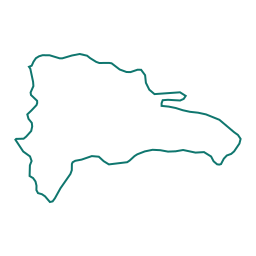 an SVG outline of Dominican Republic
{"feature_id": "DOM", "entity_name": "Dominican Republic", "entity_type": "country or territory", "adm_level": 0, "iso_a3": "DOM", "parent_name": "North America", "parent_adm1": "", "projection": "mercator", "projection_center": [-70.506, 18.775], "detail": "fine", "context": "isolated", "style": "outline", "palette": "teal", "viewbox_px": 256, "rotation_deg": 0, "n_neighbors": 0, "source": "natural_earth", "source_scale": "50m", "svg_char_len": 1377}
<svg xmlns="http://www.w3.org/2000/svg" viewBox="0 0 256 256"><path d="M29.6,176.0L29.9,165.3L31.6,161.0L30.0,156.4L23.2,151.5L19.1,145.3L15.4,139.7L16.2,138.9L23.6,138.7L26.2,136.6L31.2,131.0L32.2,126.4L31.8,122.9L28.5,118.8L27.3,114.4L31.3,110.6L36.5,105.1L37.2,103.0L37.1,100.8L31.0,95.0L30.6,92.5L33.4,86.1L33.1,81.9L30.3,68.7L29.0,66.8L31.7,65.7L33.5,61.7L35.9,58.2L39.0,56.3L42.6,55.2L49.7,55.3L59.6,58.3L62.4,58.3L71.9,55.5L79.7,54.0L87.1,55.7L90.1,58.1L96.2,61.9L99.3,63.0L109.0,62.9L111.6,63.3L119.7,69.5L126.5,72.0L130.5,72.1L137.6,69.7L141.1,69.8L145.1,75.2L145.9,82.8L149.3,89.7L154.5,94.1L180.0,92.3L185.7,95.9L183.7,98.9L180.1,100.5L168.0,99.8L162.7,100.2L161.6,103.2L161.6,105.9L168.7,106.6L175.7,108.0L182.7,110.2L189.9,111.8L198.1,112.7L206.0,114.4L219.4,119.8L234.1,132.2L238.0,135.0L240.6,138.9L239.4,143.6L234.1,151.4L231.2,153.9L226.8,155.5L223.8,158.7L221.0,164.1L219.2,164.6L217.1,164.3L213.6,161.3L211.1,156.5L204.0,152.1L195.5,152.6L183.1,150.0L175.6,151.3L168.0,151.6L160.3,150.2L152.6,149.8L144.8,151.4L137.3,154.3L134.5,156.1L129.7,160.5L127.2,162.2L108.9,164.4L103.7,161.2L98.8,156.7L91.8,156.1L81.6,159.6L75.2,160.8L72.6,162.3L71.9,164.0L71.8,170.2L70.4,174.0L60.5,188.2L54.9,198.3L52.6,201.4L49.9,202.0L45.0,196.3L41.9,194.2L38.0,193.1L36.4,190.1L36.5,185.7L35.5,181.5L33.1,178.1L29.6,176.0Z" fill="none" stroke="#0f766e" stroke-width="2"/></svg>